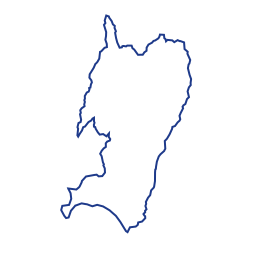 the district of Peñuelas, Puerto Rico, rotated 15°
{"feature_id": "32010507B14079989067624", "entity_name": "Peñuelas", "entity_type": "district", "adm_level": 2, "iso_a3": "PRI", "parent_name": "Puerto Rico", "parent_adm1": "", "projection": "natural_earth1", "projection_center": [-66.73, 18.055], "detail": "fine", "context": "isolated", "style": "outline", "palette": "blue", "viewbox_px": 256, "rotation_deg": 15, "n_neighbors": 0, "source": "geoboundaries", "source_scale": "gbopen_adm2", "svg_char_len": 2802}
<svg xmlns="http://www.w3.org/2000/svg" viewBox="0 0 256 256"><g transform="rotate(15 128 128)"><path d="M160.0,30.8L156.1,30.5L155.4,30.7L153.2,30.3L150.5,33.1L148.1,31.9L143.3,32.7L142.3,34.4L141.2,32.4L139.9,31.9L138.6,28.7L134.7,29.5L134.7,31.7L134.1,33.6L131.6,36.4L130.1,37.3L129.1,39.4L126.2,42.1L125.2,45.5L125.9,48.6L124.2,50.7L123.3,53.4L118.7,54.7L113.7,50.6L111.7,49.8L110.2,47.5L105.9,48.6L105.0,49.7L102.5,49.9L101.4,50.4L101.2,51.7L99.1,52.6L95.5,48.2L93.2,44.2L90.9,39.3L91.3,37.7L89.1,34.8L88.8,32.8L86.6,31.8L84.6,29.0L81.3,26.3L80.6,25.2L77.9,25.0L77.7,30.2L79.0,32.5L78.1,34.6L82.1,41.0L83.0,45.0L83.3,48.6L85.7,52.2L86.7,55.3L84.6,56.6L82.3,60.9L81.3,61.7L82.3,68.4L81.4,71.9L80.6,73.6L79.9,74.6L79.4,78.1L79.2,79.1L77.1,86.0L77.7,89.4L80.3,91.5L81.3,93.3L80.9,95.4L81.2,98.7L80.1,99.5L80.8,100.8L80.6,103.0L79.0,104.4L78.0,108.3L78.8,110.9L78.6,112.4L79.6,114.0L79.6,116.5L80.4,118.2L78.1,121.0L77.3,123.2L78.5,125.6L78.1,127.1L80.6,132.2L80.7,134.5L78.9,136.0L79.0,140.3L80.0,141.6L81.0,148.1L82.1,149.2L82.9,146.1L84.2,142.3L84.5,138.8L86.1,137.7L88.3,132.5L90.5,130.3L91.3,128.1L92.5,126.9L93.4,130.3L94.3,131.6L94.2,133.7L94.8,135.5L96.1,135.6L97.0,137.1L100.0,140.0L102.4,141.7L105.6,140.3L109.3,141.6L111.0,138.2L111.7,141.6L113.7,143.3L113.7,144.8L111.4,146.5L110.5,148.5L111.5,152.0L109.8,154.0L108.5,156.8L107.8,160.1L109.8,162.0L112.7,167.7L114.1,169.3L113.9,170.5L116.0,173.0L117.3,177.0L115.6,181.1L112.2,182.3L109.8,181.2L107.6,182.1L100.0,185.7L97.2,191.1L97.3,192.5L96.4,197.1L96.0,198.0L94.0,200.8L85.9,201.9L86.1,202.2L86.7,202.8L89.1,205.5L89.4,205.8L91.3,210.6L91.5,211.1L91.0,217.5L85.7,219.8L84.7,220.2L84.7,224.5L85.2,225.1L88.5,228.6L89.4,229.5L91.5,231.0L92.3,230.6L93.8,229.8L94.3,222.7L97.2,216.6L97.3,216.6L102.7,212.8L106.5,212.5L108.2,212.3L108.4,212.3L111.3,212.6L113.9,212.8L118.1,210.2L123.9,210.2L124.3,210.2L124.6,210.3L128.9,211.5L131.6,212.3L135.0,214.0L138.9,215.9L139.2,216.1L144.9,220.7L152.7,228.1L154.5,228.7L155.6,223.4L161.0,221.2L162.5,219.0L162.3,216.6L165.8,214.7L168.0,210.6L167.4,208.8L166.6,208.4L165.3,207.3L165.2,206.9L165.3,206.6L165.6,206.4L166.4,204.9L165.9,203.6L166.9,201.7L165.0,198.8L165.2,196.6L164.4,194.8L165.4,190.1L166.8,187.1L166.5,182.3L168.3,178.9L168.4,177.8L167.8,172.3L165.6,163.8L165.1,161.0L165.2,160.9L165.5,160.4L165.1,158.1L164.6,153.0L165.1,147.5L166.2,144.9L168.9,140.8L169.0,139.9L169.4,138.4L166.9,131.0L168.4,128.3L169.8,123.4L170.8,117.5L170.6,115.5L172.9,113.9L174.5,109.7L175.9,107.6L176.2,106.0L174.6,102.9L175.0,99.9L176.1,94.7L175.2,93.4L175.7,91.7L177.2,90.0L177.5,84.8L178.9,82.4L176.1,77.2L176.3,73.0L177.5,70.3L176.8,68.3L176.3,64.4L173.7,60.7L170.4,54.7L170.1,50.9L170.6,49.9L170.5,46.2L166.2,40.9L165.9,38.9L162.2,37.1L160.0,30.8Z" fill="none" stroke="#1e3a8a" stroke-width="2"/></g></svg>